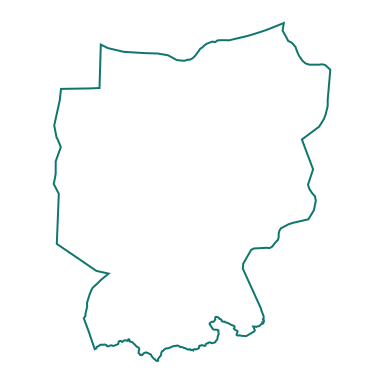 outline of Gummi, Zamfara, Nigeria
{"feature_id": "59680162B37513478805829", "entity_name": "Gummi", "entity_type": "district", "adm_level": 2, "iso_a3": "NGA", "parent_name": "Nigeria", "parent_adm1": "Zamfara", "projection": "mercator", "projection_center": [5.146, 12.032], "detail": "fine", "context": "isolated", "style": "outline", "palette": "teal", "viewbox_px": 384, "rotation_deg": 0, "n_neighbors": 0, "source": "geoboundaries", "source_scale": "gbopen_adm2", "svg_char_len": 4072}
<svg xmlns="http://www.w3.org/2000/svg" viewBox="0 0 384 384"><path d="M263.0,323.5L262.3,322.3L263.3,322.1L264.0,321.7L264.0,321.1L263.6,320.6L263.7,319.9L263.3,319.6L263.1,319.7L262.9,319.2L263.4,318.9L263.6,318.2L263.7,316.5L263.3,315.4L262.4,313.0L261.9,311.7L261.2,310.1L261.1,308.8L242.8,268.6L243.2,263.7L251.2,249.8L253.8,248.5L257.0,248.3L266.7,247.8L269.5,248.1L272.1,246.7L274.9,243.1L278.1,239.6L278.7,236.8L278.7,233.2L279.5,230.6L280.8,228.4L288.3,224.4L292.7,222.9L308.4,219.3L313.9,210.2L315.8,200.7L315.0,196.4L312.2,193.2L309.6,189.4L308.0,184.7L313.1,169.3L309.4,159.5L308.0,155.8L301.9,139.5L319.2,126.6L323.9,119.0L325.7,114.3L325.8,113.7L326.5,110.9L326.9,109.3L327.7,106.1L327.7,102.6L327.7,99.9L330.3,69.7L325.2,65.0L322.1,64.3L318.9,64.7L314.5,64.7L309.4,64.7L305.5,63.4L302.5,60.8L298.8,55.4L297.1,51.5L295.5,47.0L293.6,44.7L291.8,42.8L290.0,41.8L288.2,41.0L286.4,37.4L282.6,30.6L283.8,23.0L274.2,26.9L265.7,30.2L259.5,32.3L248.1,35.8L228.7,40.4L226.6,40.2L221.0,40.2L217.6,40.4L216.8,40.9L215.2,42.1L212.3,41.6L206.6,43.8L204.3,45.5L203.4,46.3L202.6,47.2L200.2,48.8L198.9,50.8L198.5,51.3L195.2,55.7L193.9,57.0L192.9,58.0L190.1,59.7L188.1,59.6L184.3,60.8L176.9,60.1L168.1,55.3L157.6,53.5L144.4,53.1L123.6,51.8L107.9,48.1L100.8,44.6L99.5,88.0L90.9,88.4L61.0,88.9L59.8,100.1L54.2,125.5L56.6,137.6L57.7,139.4L60.8,147.1L55.7,161.3L55.7,173.5L55.0,177.8L53.7,183.9L58.8,193.8L56.8,243.9L96.4,270.9L108.6,273.6L104.0,277.4L100.8,280.1L96.5,284.3L92.7,287.7L91.6,289.6L89.7,294.2L88.1,299.3L87.1,302.5L87.0,304.2L87.2,305.9L86.7,308.7L85.9,311.9L85.4,314.5L85.5,315.8L83.8,318.3L88.7,331.5L94.7,349.1L96.3,348.4L96.7,346.9L98.0,346.4L99.6,345.4L100.6,344.7L102.6,344.8L104.5,344.5L106.4,345.1L106.9,346.0L107.5,346.4L109.2,346.0L110.6,345.4L111.4,345.3L113.2,345.9L114.3,345.7L116.7,344.7L118.2,344.0L118.7,341.7L119.6,341.0L120.9,340.9L121.4,341.5L122.4,341.9L123.7,340.7L125.0,340.2L127.7,340.9L128.2,339.9L128.4,339.3L129.3,339.5L129.9,341.5L132.2,342.1L135.1,344.9L136.4,346.3L137.7,347.3L138.7,347.7L139.3,349.1L139.2,350.0L138.7,350.9L138.6,352.4L138.6,353.2L139.5,353.7L140.2,354.9L141.3,355.1L142.2,355.0L142.4,354.5L143.2,354.1L143.7,353.3L144.2,353.0L146.1,352.4L147.3,352.8L148.8,353.5L150.2,354.2L151.1,354.7L151.7,356.2L152.4,357.1L153.7,358.5L154.3,359.1L155.1,359.4L155.7,360.3L156.2,360.6L156.9,361.0L158.2,360.6L158.0,359.2L158.9,357.8L160.4,356.0L161.1,354.8L161.2,353.6L161.5,352.3L162.1,351.2L162.7,351.1L163.6,350.2L164.8,349.1L166.3,348.3L168.0,348.3L171.2,347.1L172.3,346.6L173.2,346.2L174.5,346.0L176.1,345.8L177.3,345.5L179.5,346.3L180.1,347.0L182.1,347.1L183.7,347.8L185.4,348.3L187.2,349.2L188.5,349.7L189.7,349.1L190.5,349.5L190.9,350.1L191.6,350.1L192.3,350.0L192.8,350.1L193.2,350.4L193.6,349.4L194.7,349.1L195.2,349.4L196.4,349.3L197.7,348.8L198.8,348.3L199.2,346.0L200.2,345.5L200.8,345.7L201.9,345.1L203.3,345.5L204.1,345.7L204.7,346.0L205.2,345.8L205.6,345.0L205.9,344.0L207.3,343.3L207.9,343.4L208.4,342.6L209.4,342.4L210.6,342.5L211.0,342.9L211.7,343.2L213.0,342.9L214.5,342.6L215.3,342.2L216.0,340.7L216.8,340.0L217.4,339.0L217.6,338.2L217.5,337.3L217.9,336.3L218.2,335.1L218.7,334.1L218.6,333.1L218.3,332.0L218.3,331.4L218.5,330.7L218.1,330.1L217.1,329.8L216.0,329.7L214.7,329.7L213.8,329.7L213.0,329.2L212.4,328.5L211.9,327.5L211.3,326.7L210.5,325.6L210.3,324.8L209.8,324.4L209.6,323.6L210.2,322.9L211.1,322.2L211.7,321.8L212.4,321.8L213.7,321.7L214.4,320.9L214.9,320.0L215.2,319.4L215.2,318.6L215.3,317.7L215.6,317.0L216.7,316.9L217.9,317.3L219.1,318.1L219.6,319.0L220.7,319.2L221.6,320.1L221.6,320.7L222.1,321.3L223.2,321.7L224.4,321.6L225.2,322.2L226.7,322.7L228.0,323.1L230.0,324.2L231.2,324.8L232.9,325.5L234.1,326.0L234.5,326.6L234.5,327.7L233.9,328.5L234.6,329.5L235.7,330.2L236.7,330.5L237.4,331.0L237.5,332.0L237.0,333.1L236.7,334.1L236.7,335.1L237.4,335.4L238.6,335.6L239.3,335.3L241.6,335.8L246.2,336.1L254.3,331.4L254.8,330.1L253.2,326.5L254.7,326.6L255.8,326.7L256.4,326.9L257.5,326.4L258.6,326.2L259.4,326.0L260.1,325.2L261.6,324.0L263.0,323.5Z" fill="none" stroke="#0f766e" stroke-width="2"/></svg>